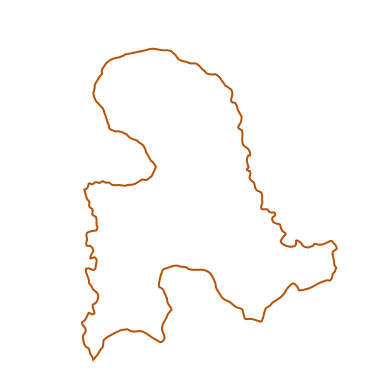 outline of Dorona, Daga, Bhutan, rotated 350°
{"feature_id": "84629894B2198234836682", "entity_name": "Dorona", "entity_type": "district", "adm_level": 2, "iso_a3": "BTN", "parent_name": "Bhutan", "parent_adm1": "Daga", "projection": "robinson", "projection_center": [89.836, 26.874], "detail": "fine", "context": "isolated", "style": "outline", "palette": "amber", "viewbox_px": 384, "rotation_deg": 350, "n_neighbors": 0, "source": "geoboundaries", "source_scale": "gbopen_adm2", "svg_char_len": 5971}
<svg xmlns="http://www.w3.org/2000/svg" viewBox="0 0 384 384"><g transform="rotate(350 192 192)"><path d="M320.9,292.0L319.5,288.3L319.9,285.1L319.6,278.5L319.7,276.9L320.0,276.1L321.0,274.9L324.6,273.1L324.8,271.5L323.9,268.9L322.5,266.9L321.7,265.1L321.0,264.4L319.7,264.3L313.0,266.1L311.0,266.3L307.6,266.0L304.9,264.6L303.9,264.3L303.1,264.6L302.3,265.5L301.3,266.2L299.4,266.3L297.0,266.9L294.7,266.2L293.2,265.4L292.1,264.4L290.7,261.5L289.7,260.2L288.5,259.0L286.7,257.8L286.1,258.0L285.3,261.4L284.6,262.5L283.6,263.0L282.4,263.2L280.1,263.2L278.1,262.6L275.7,261.5L273.5,260.0L272.1,258.9L271.3,257.7L270.9,256.5L270.8,255.7L272.0,254.1L274.4,251.7L276.8,250.2L276.9,249.1L276.6,248.5L276.0,248.1L274.2,246.0L273.6,244.5L273.3,243.1L273.0,239.4L272.4,238.8L270.0,238.0L268.4,237.0L267.0,235.9L266.3,234.5L266.2,232.7L266.5,231.6L267.0,230.9L269.0,230.0L269.9,229.1L270.1,228.4L270.0,227.4L269.7,226.7L268.8,226.2L266.3,226.0L265.6,225.7L264.6,224.9L263.4,222.4L262.1,221.8L260.0,221.6L258.3,221.2L257.5,220.5L257.2,219.5L257.8,218.0L259.5,214.5L259.5,212.8L260.4,208.7L260.5,206.1L260.3,205.3L259.8,204.2L256.2,201.7L255.7,201.1L255.0,198.9L254.8,194.4L254.4,193.1L252.2,190.8L251.5,189.5L251.1,187.6L252.7,184.2L252.7,183.3L252.7,182.2L252.5,181.4L250.4,180.4L249.9,179.3L250.4,178.7L252.0,177.8L251.5,173.6L251.5,170.2L252.2,168.1L253.2,166.4L254.2,165.8L255.5,166.1L256.0,164.8L255.8,162.3L255.4,160.7L254.5,159.0L253.1,157.5L251.6,156.1L250.6,154.3L250.2,152.9L250.2,152.0L250.6,148.9L251.9,143.1L251.8,139.9L249.1,137.6L248.8,136.7L248.7,136.0L249.6,134.8L251.3,132.9L252.5,131.1L253.8,127.6L253.8,126.5L253.6,125.2L251.3,119.0L251.2,115.6L250.1,111.9L248.6,111.1L247.4,110.9L246.6,110.0L246.5,107.8L248.7,103.0L248.9,101.2L248.7,98.6L248.0,97.5L247.0,96.6L246.3,95.7L243.0,92.7L242.1,90.2L240.7,87.6L239.3,84.1L237.6,81.7L235.3,80.0L231.7,79.7L228.9,78.8L227.0,77.7L225.6,75.3L223.5,72.9L220.7,68.5L218.6,66.4L216.8,65.7L213.4,65.3L211.7,64.5L209.4,63.1L205.9,61.6L203.3,60.2L201.7,58.8L199.5,54.3L195.7,49.4L192.0,48.0L188.3,47.5L178.5,44.1L175.9,43.9L169.4,44.4L150.2,45.0L148.1,45.8L144.8,46.5L143.6,46.7L139.1,46.8L135.6,47.5L132.8,48.5L129.9,50.3L128.8,51.3L124.9,55.4L124.0,57.4L124.1,59.6L123.4,60.6L120.7,62.5L117.3,66.7L114.9,69.4L114.2,72.6L111.9,78.0L112.2,81.9L113.1,85.5L115.3,88.8L117.0,91.8L118.4,93.7L118.9,95.2L119.5,97.7L119.5,99.3L120.0,101.2L120.3,104.3L120.8,106.1L121.0,109.9L121.7,112.1L121.6,113.6L121.7,115.4L123.7,117.0L126.0,118.4L127.8,119.2L129.2,119.2L132.6,120.4L136.4,123.0L137.7,123.9L138.2,125.0L140.4,127.9L143.4,129.9L146.8,131.7L147.6,133.1L150.7,136.1L151.8,137.3L152.5,138.8L153.5,142.3L153.6,144.8L155.4,149.3L157.0,154.2L158.2,155.3L159.3,157.1L160.4,159.4L160.8,161.1L155.1,169.3L149.7,172.3L147.4,171.8L145.0,171.0L137.9,173.9L135.0,174.4L129.7,173.9L127.1,174.3L121.6,172.5L116.4,171.8L114.2,170.8L112.0,168.3L108.2,167.6L106.0,165.9L104.7,166.0L103.6,166.7L102.3,167.1L99.7,165.7L97.7,165.7L96.3,166.8L94.3,167.0L93.5,166.0L92.4,165.6L91.7,165.9L90.7,168.3L89.8,169.6L88.6,170.5L86.4,170.9L86.4,172.2L86.7,173.1L86.7,175.5L87.2,179.3L87.4,180.5L89.0,183.4L89.2,184.1L89.2,184.8L88.5,186.4L88.3,187.5L88.5,188.7L88.9,189.5L90.5,191.0L90.9,191.6L91.1,192.3L91.0,193.1L90.0,196.0L90.0,196.9L91.9,199.0L92.9,199.6L93.2,200.4L93.2,203.0L92.6,205.6L92.3,208.3L92.7,209.8L92.7,210.8L91.8,212.5L91.0,213.2L86.2,213.1L83.7,213.4L82.3,213.8L81.3,214.4L80.4,216.3L80.5,219.2L80.3,221.1L79.0,223.6L78.7,225.0L78.7,225.9L79.0,226.5L80.1,227.0L82.1,227.3L83.3,228.4L84.3,230.1L84.7,231.6L84.7,232.5L84.4,233.3L82.5,235.4L80.5,238.6L80.3,239.5L81.1,240.0L84.2,239.3L84.9,239.5L85.4,240.1L86.3,242.1L86.0,243.9L84.7,247.1L84.0,249.7L83.3,250.9L82.2,251.6L81.0,251.6L77.9,249.6L76.5,249.1L75.3,249.1L74.2,249.4L73.7,250.6L74.0,253.9L75.2,260.8L74.7,263.2L74.8,263.9L76.7,267.5L77.5,270.4L80.5,274.2L81.4,275.7L81.7,278.1L80.7,280.9L79.7,282.9L78.5,284.1L76.9,285.1L75.4,285.5L74.8,285.9L74.4,286.4L74.2,287.4L74.3,288.9L74.8,291.4L75.0,293.4L74.9,294.3L74.5,294.8L73.1,295.3L72.1,294.9L69.8,293.2L69.2,293.1L66.8,296.5L64.8,299.1L63.9,299.8L61.6,300.9L61.0,301.4L60.9,302.2L61.3,303.7L61.7,305.0L63.2,307.4L63.4,309.4L63.2,310.4L62.7,311.4L60.1,314.1L59.6,315.2L59.4,316.2L59.2,319.0L59.5,323.1L60.0,324.9L61.7,327.2L62.6,327.6L63.1,328.2L63.5,329.9L63.7,333.9L65.1,336.8L65.6,340.1L70.9,335.6L74.3,331.6L77.0,329.3L77.8,327.7L78.9,323.4L79.3,322.6L79.9,322.0L83.0,320.4L87.9,318.6L92.0,317.3L98.6,315.6L102.1,315.9L103.8,315.8L104.6,316.0L107.4,318.2L108.9,318.9L111.4,319.5L116.6,319.9L118.2,320.3L120.4,321.8L122.4,323.4L128.7,329.5L134.1,334.0L134.9,334.4L136.6,334.2L138.2,333.0L139.3,331.6L139.8,329.9L139.7,328.2L138.7,324.0L138.6,322.8L138.8,321.0L139.3,319.3L141.0,316.1L145.0,311.4L146.8,308.4L148.0,307.1L150.9,304.9L151.4,304.2L151.5,303.5L148.7,296.8L148.8,292.3L146.7,283.5L146.4,282.8L145.2,281.4L144.6,280.8L143.4,280.2L143.0,279.6L143.2,277.9L144.0,275.2L146.7,268.6L149.0,264.8L150.1,263.4L150.9,263.0L160.2,261.6L161.9,261.5L164.5,261.9L165.3,262.1L166.8,263.0L168.4,263.7L173.4,265.1L175.2,267.1L175.9,267.5L178.3,268.5L180.8,269.1L186.8,270.0L190.2,270.8L191.7,271.6L194.5,273.7L195.7,275.0L196.8,277.4L198.5,282.5L199.0,285.1L199.2,286.9L199.0,289.6L199.3,291.4L201.9,298.1L203.0,300.5L203.9,302.1L205.8,303.9L210.1,306.9L214.1,311.6L215.3,312.9L220.0,315.4L221.2,316.5L221.7,322.9L221.9,324.7L222.4,326.3L223.2,326.6L227.0,327.0L229.5,327.7L237.3,331.7L238.0,331.5L239.9,328.7L242.8,322.2L244.1,319.9L244.7,319.3L249.5,317.2L252.1,314.8L259.3,311.9L262.3,310.2L265.1,308.1L269.1,303.4L271.9,301.3L273.4,300.4L275.0,299.7L275.8,299.6L276.6,300.0L277.3,300.5L278.3,302.0L279.6,304.4L279.9,305.2L280.0,306.7L280.3,307.4L281.8,307.7L284.3,307.8L290.5,307.2L293.8,306.4L300.4,304.1L303.7,303.2L308.1,302.6L309.5,302.3L311.6,303.0L312.8,303.0L314.3,301.8L315.0,300.3L315.6,299.4L316.1,298.1L316.2,297.1L318.4,295.6L319.2,294.7L320.2,292.6L320.9,292.0Z" fill="none" stroke="#b45309" stroke-width="2"/></g></svg>